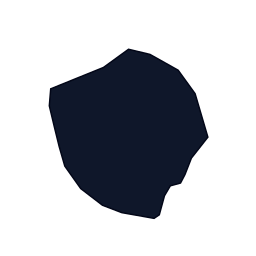 Kasaji, Katanga, Democratic Republic of the Congo (Equal Earth projection), rotated 134°
{"feature_id": "63176286B96753486418064", "entity_name": "Kasaji", "entity_type": "district", "adm_level": 2, "iso_a3": "COD", "parent_name": "Democratic Republic of the Congo", "parent_adm1": "Katanga", "projection": "equal_earth", "projection_center": [23.457, -10.361], "detail": "fine", "context": "isolated", "style": "filled", "palette": "ink", "viewbox_px": 256, "rotation_deg": 134, "n_neighbors": 0, "source": "geoboundaries", "source_scale": "gbopen_adm2", "svg_char_len": 431}
<svg xmlns="http://www.w3.org/2000/svg" viewBox="0 0 256 256"><g transform="rotate(134 128 128)"><path d="M168.7,45.2L151.4,54.7L140.2,57.4L131.1,52.0L121.9,54.7L105.6,61.5L79.1,64.2L56.7,103.6L51.6,132.1L59.8,163.3L71.0,182.3L101.5,187.7L126.0,198.6L153.5,210.8L166.7,200.0L178.9,180.9L189.1,164.7L199.3,147.0L204.4,119.9L201.3,92.7L193.2,73.7L174.9,46.5L168.7,45.2Z" fill="#0f172a" stroke="#020617" stroke-width="1.5"/></g></svg>